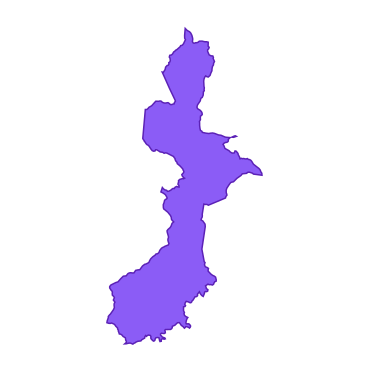 Mara Rosa, Goiás, Brazil (orthographic projection), rotated 279°
{"feature_id": "56859067B85632953243460", "entity_name": "Mara Rosa", "entity_type": "district", "adm_level": 2, "iso_a3": "BRA", "parent_name": "Brazil", "parent_adm1": "Goiás", "projection": "orthographic", "projection_center": [-49.395, -14.029], "detail": "fine", "context": "isolated", "style": "filled", "palette": "violet", "viewbox_px": 384, "rotation_deg": 279, "n_neighbors": 0, "source": "geoboundaries", "source_scale": "gbopen_adm2", "svg_char_len": 6021}
<svg xmlns="http://www.w3.org/2000/svg" viewBox="0 0 384 384"><g transform="rotate(279 192 192)"><path d="M219.5,258.5L221.5,258.0L222.9,256.7L224.3,256.0L225.6,254.6L229.1,248.3L231.5,246.3L232.4,245.3L233.0,244.0L233.0,242.6L233.7,241.4L233.1,240.3L233.0,239.1L233.2,237.9L232.8,236.7L233.0,235.5L232.3,234.2L233.6,233.7L236.3,231.7L237.3,231.4L239.2,229.3L239.3,228.1L237.2,227.6L236.8,226.2L236.9,224.9L237.6,223.4L238.6,222.1L240.2,217.7L242.7,216.3L243.9,215.2L245.1,215.9L246.2,217.4L246.5,218.6L247.1,219.4L248.0,219.9L249.6,219.6L251.7,221.2L251.4,217.0L251.5,215.9L252.6,211.7L252.5,209.3L253.4,205.2L253.5,203.1L252.9,200.8L252.4,199.5L252.3,196.5L252.5,192.9L253.5,192.3L254.2,190.7L256.1,189.9L259.0,189.1L261.6,188.7L262.6,188.3L264.8,189.0L266.9,188.6L268.3,188.5L269.2,189.5L270.3,190.0L271.8,189.5L272.9,188.7L274.1,187.1L274.8,185.2L275.4,184.3L276.6,183.6L278.8,183.8L283.3,185.9L285.0,186.0L286.0,186.2L287.0,187.3L289.4,187.9L292.9,187.6L293.9,188.3L295.2,187.9L296.8,187.9L298.2,187.3L303.4,186.2L305.4,186.2L307.4,186.6L308.8,187.4L308.2,188.7L308.1,190.1L310.0,191.6L312.4,192.0L314.8,192.7L316.8,192.5L319.2,192.6L320.8,193.3L322.6,193.2L324.4,193.8L327.2,192.0L328.2,192.1L329.6,191.3L329.5,189.5L330.1,187.5L333.4,185.4L334.9,185.2L336.1,186.1L337.6,186.3L338.6,185.1L342.5,184.6L342.7,182.9L342.4,181.3L342.6,178.3L342.1,175.6L340.8,174.5L340.2,173.4L340.0,172.1L339.4,171.3L339.3,170.0L340.5,168.9L343.2,168.8L344.4,168.4L346.7,167.4L348.8,165.9L349.9,164.5L350.8,162.0L352.5,159.7L345.5,160.2L342.8,160.7L341.5,161.7L337.1,160.4L335.7,159.6L335.1,158.8L334.8,157.9L333.6,157.5L330.4,154.9L329.4,153.6L328.1,152.8L327.5,152.0L325.3,151.2L324.1,150.2L323.6,148.7L322.6,148.5L321.6,148.5L320.8,149.3L318.5,150.0L317.1,149.8L316.1,148.8L314.8,149.2L313.6,148.8L313.0,147.6L311.2,146.4L308.8,146.3L305.8,145.0L305.8,143.8L290.9,153.5L280.3,160.8L279.1,161.4L277.5,160.6L276.3,160.6L276.0,159.7L275.2,158.4L275.0,157.0L276.1,155.3L276.5,154.3L275.6,151.6L275.6,150.4L275.9,148.8L276.9,147.3L276.9,146.1L276.4,145.0L276.0,142.0L270.9,138.7L268.7,136.0L267.7,135.6L266.5,134.6L266.2,133.0L237.2,135.0L236.2,135.7L235.3,136.7L234.4,137.1L233.9,138.0L232.8,138.8L231.8,140.0L231.4,141.2L230.6,142.4L227.9,144.8L226.6,146.3L226.3,147.8L226.8,149.1L228.0,149.4L228.2,150.4L227.2,153.0L226.6,154.2L226.6,156.9L225.9,158.4L226.5,159.6L226.5,161.1L224.2,168.2L223.2,169.0L222.4,170.0L221.3,170.3L220.0,171.2L219.0,172.5L217.7,173.0L216.0,175.9L213.4,179.2L212.1,179.9L211.2,180.7L209.9,180.7L207.6,179.2L206.4,179.8L204.9,181.5L204.5,182.5L203.8,181.7L203.7,180.4L202.5,177.9L201.2,176.9L199.5,177.2L198.6,176.9L197.3,177.0L196.5,178.0L194.9,178.4L194.8,177.3L195.1,176.0L194.1,174.6L192.6,173.9L192.6,172.8L191.4,171.4L190.6,170.9L189.2,169.0L188.8,167.7L189.7,166.7L189.8,165.2L190.5,163.5L191.8,162.0L187.2,161.3L186.5,163.5L185.6,165.4L185.0,166.3L183.3,167.7L182.2,168.4L181.2,168.0L180.4,166.8L179.3,166.2L177.4,166.1L174.9,165.6L171.9,166.2L170.8,166.8L168.3,171.2L165.4,174.4L163.7,175.5L162.0,175.9L161.2,176.5L159.6,178.6L157.9,177.2L155.2,176.7L153.5,176.0L151.2,174.1L149.7,173.4L148.2,173.9L144.6,175.6L143.4,175.9L141.7,175.6L140.4,175.8L138.6,176.6L137.7,177.3L136.0,176.9L134.0,173.5L133.3,172.8L132.5,171.5L131.6,170.6L129.3,169.3L127.0,168.8L125.7,167.7L125.1,166.1L123.8,165.4L121.9,163.4L119.4,161.6L117.2,160.8L116.3,160.7L115.1,159.8L113.6,157.7L113.2,156.6L111.2,154.7L107.1,152.6L106.6,150.7L105.8,148.6L103.0,147.3L102.7,145.9L102.7,144.1L102.2,142.6L101.4,141.5L98.9,140.1L98.1,137.3L95.1,135.1L91.6,132.9L90.7,131.0L88.1,127.3L87.2,126.2L85.7,125.5L84.4,125.7L82.3,127.5L81.5,128.6L80.6,129.0L79.1,129.1L77.6,129.5L76.6,131.0L75.4,131.9L73.0,131.2L71.2,133.1L69.5,132.6L68.2,132.7L65.6,133.4L63.4,132.8L58.5,130.4L57.8,129.8L56.0,128.8L54.8,129.0L51.5,128.4L49.6,128.4L49.3,130.3L49.4,131.8L50.0,133.0L49.4,135.5L48.4,137.0L47.6,137.6L46.1,139.7L45.0,140.0L44.2,140.7L42.8,141.1L41.9,141.7L40.4,142.4L40.4,143.8L39.9,145.0L38.5,146.6L37.6,149.0L35.3,149.7L34.3,150.5L33.2,150.7L31.5,149.3L31.8,150.8L32.9,153.4L33.1,155.0L32.5,157.4L33.5,158.2L33.9,159.1L35.1,160.3L36.1,161.9L36.9,164.8L38.2,165.5L40.3,168.1L41.9,168.1L43.0,168.7L42.3,169.6L43.3,170.4L43.9,171.4L43.8,173.3L42.9,174.0L41.8,174.1L40.7,174.4L39.1,176.4L38.7,177.6L39.6,178.5L41.5,178.7L42.4,179.2L42.9,180.6L42.9,182.1L41.6,182.7L40.2,183.2L39.3,183.8L39.8,185.0L41.6,184.7L42.5,186.1L42.2,187.5L42.8,188.6L43.6,188.0L44.1,185.3L44.9,184.6L45.6,183.4L46.8,183.1L47.7,183.8L47.8,186.6L48.7,187.7L50.2,187.3L51.1,186.7L52.0,187.3L52.9,192.3L53.8,193.3L54.9,193.7L56.3,193.6L57.7,195.9L60.6,198.1L61.0,200.0L58.5,202.4L57.8,204.0L56.3,205.8L57.0,206.4L58.1,206.9L58.1,208.3L57.7,209.9L57.2,210.8L58.1,211.4L59.4,211.6L60.4,210.8L61.3,209.5L60.9,206.9L62.1,206.4L64.1,206.5L66.2,206.9L67.4,207.5L68.1,205.2L69.1,203.8L70.7,203.1L71.7,203.4L73.5,202.2L77.3,201.6L77.8,203.0L78.8,203.4L79.7,202.5L81.3,202.6L83.1,203.4L82.9,205.7L82.4,206.9L82.4,208.1L83.2,208.8L84.4,209.1L85.5,210.0L88.9,211.3L89.5,213.0L90.5,213.7L92.0,213.4L94.6,214.9L93.1,215.9L92.1,216.9L91.2,218.0L90.6,219.4L93.6,220.1L95.0,220.1L95.8,220.8L95.9,222.1L96.6,223.0L98.0,223.0L98.9,221.3L100.1,220.8L101.4,220.0L103.5,222.2L103.1,223.4L103.5,225.0L103.3,226.7L104.2,227.7L105.3,227.9L106.9,228.5L107.7,229.8L109.0,229.7L111.6,228.6L112.4,227.2L112.9,225.4L114.2,223.0L115.1,222.0L116.2,220.4L117.5,220.1L119.1,220.2L119.8,218.8L120.2,216.9L121.5,216.0L122.5,215.7L124.4,215.9L125.0,215.0L137.1,210.7L159.9,210.5L162.3,209.9L165.1,207.2L165.8,205.3L167.1,205.4L168.9,206.0L170.3,205.9L171.5,205.6L181.9,205.6L181.8,207.2L182.1,208.7L181.5,210.2L191.3,226.0L192.9,226.2L194.3,227.0L195.5,226.6L196.4,226.0L198.9,225.5L200.1,225.6L201.2,225.8L204.6,227.3L206.6,228.3L207.6,229.0L208.6,231.4L212.6,234.3L216.0,237.8L217.8,238.8L219.0,243.1L219.9,243.6L220.4,244.7L220.5,245.8L220.0,248.9L219.3,249.8L219.5,258.5ZM252.4,222.8L252.5,224.5L253.9,227.1L254.3,225.9L253.7,224.7L252.4,222.8Z" fill="#8b5cf6" stroke="#5b21b6" stroke-width="1.5"/></g></svg>